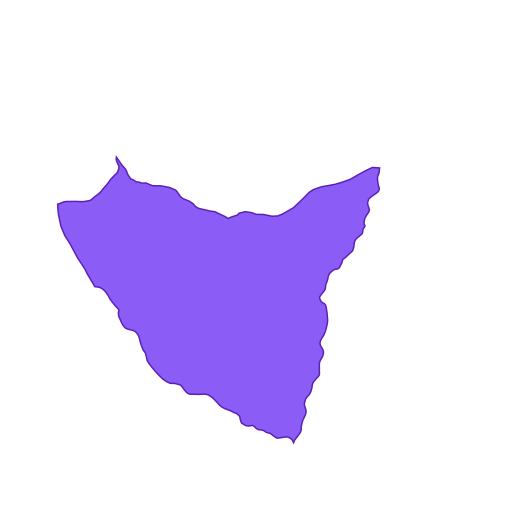 Dungtoe, Samchi, Bhutan (Mercator projection), rotated 50°
{"feature_id": "84629894B66933064417365", "entity_name": "Dungtoe", "entity_type": "district", "adm_level": 2, "iso_a3": "BTN", "parent_name": "Bhutan", "parent_adm1": "Samchi", "projection": "mercator", "projection_center": [89.168, 27.049], "detail": "fine", "context": "isolated", "style": "filled", "palette": "violet", "viewbox_px": 512, "rotation_deg": 50, "n_neighbors": 0, "source": "geoboundaries", "source_scale": "gbopen_adm2", "svg_char_len": 4684}
<svg xmlns="http://www.w3.org/2000/svg" viewBox="0 0 512 512"><g transform="rotate(50 256 256)"><path d="M88.8,374.6L93.2,377.9L97.8,381.0L108.1,386.4L117.4,389.3L127.1,390.6L142.3,393.8L156.4,395.5L160.4,396.6L173.4,398.7L175.8,399.2L179.4,396.0L182.6,394.7L186.5,394.2L191.5,394.7L195.0,395.5L198.1,395.7L202.6,395.8L205.4,395.8L207.0,395.6L209.2,395.7L211.0,397.9L213.9,399.9L217.2,400.8L221.0,401.9L223.6,402.4L226.4,402.5L227.9,402.1L229.2,401.5L231.6,399.8L234.2,397.9L236.3,397.0L239.3,396.9L241.7,397.3L243.7,398.0L245.4,398.9L249.4,400.8L255.2,402.8L259.3,403.1L264.6,405.7L266.3,406.6L268.8,407.0L275.1,407.3L282.8,407.2L290.4,406.5L294.4,405.4L298.2,403.7L301.3,400.3L302.6,399.3L305.7,397.1L307.5,396.6L310.5,396.8L312.7,397.0L315.4,396.8L316.7,396.8L318.8,395.9L320.4,394.3L322.8,391.5L325.2,388.8L326.6,386.9L329.4,383.5L331.8,381.8L335.9,380.5L341.3,380.0L343.3,379.9L346.4,379.8L349.1,379.4L351.1,378.7L353.2,377.9L358.0,375.1L359.2,374.6L362.4,373.2L363.5,372.4L366.0,371.8L368.4,371.6L371.1,373.1L373.1,374.0L375.0,374.4L376.6,373.8L379.4,372.8L381.4,371.1L382.8,368.9L383.5,367.6L385.3,366.9L387.6,366.8L389.1,366.4L390.6,365.8L392.6,363.7L395.0,362.2L397.4,361.6L398.4,361.1L401.0,359.1L405.3,358.2L408.7,357.2L409.6,356.3L411.7,352.8L414.4,348.6L415.9,347.6L418.1,346.7L420.5,346.5L423.2,347.3L421.8,344.6L420.9,340.3L419.8,335.7L418.0,332.7L416.6,331.8L415.4,330.5L414.3,329.1L413.2,327.7L412.3,326.3L411.5,324.7L410.8,323.1L410.0,321.5L409.2,319.9L408.2,318.5L406.9,317.3L405.4,316.4L403.8,315.7L402.1,315.2L400.6,314.3L399.5,312.9L398.5,311.5L397.5,310.0L397.0,308.3L396.7,306.6L396.5,304.8L396.0,303.1L395.3,301.5L394.4,300.0L393.4,298.6L392.3,297.2L391.1,295.9L390.1,294.5L389.5,292.8L389.1,291.1L388.8,289.4L388.5,287.6L388.4,285.8L387.9,284.2L386.8,282.9L385.4,281.8L384.0,280.7L382.6,279.5L381.3,278.4L379.9,277.3L378.7,276.1L377.7,274.6L377.0,273.0L376.4,271.3L375.8,269.7L374.9,268.2L373.8,266.8L372.4,265.7L370.8,265.0L369.1,264.7L367.3,264.4L365.6,264.0L364.1,263.2L362.9,261.9L362.0,260.4L361.4,258.7L360.8,257.0L360.3,255.3L359.6,253.7L358.8,252.2L357.9,250.7L356.9,249.2L355.9,247.8L354.8,246.4L353.7,245.0L352.6,243.7L351.3,242.5L349.9,241.4L348.4,240.4L347.0,239.4L345.6,238.4L344.1,237.5L342.6,236.5L341.1,235.6L339.5,234.8L337.9,234.2L336.2,234.3L334.6,235.1L332.9,235.3L331.1,235.0L329.4,234.6L328.2,233.4L327.7,231.7L327.3,230.0L327.0,228.2L326.6,226.5L326.2,225.1L325.7,224.1L324.6,222.8L323.3,221.5L322.3,220.1L321.5,218.5L320.6,217.0L319.6,215.6L318.4,214.2L317.5,212.8L316.8,211.1L316.5,209.4L316.5,207.6L316.5,205.9L316.9,204.2L317.9,202.7L318.5,201.1L318.5,199.3L317.7,197.7L317.0,196.1L316.4,194.5L315.3,193.1L314.4,191.6L314.6,189.8L314.6,188.1L314.5,186.3L314.4,184.6L314.3,182.8L314.2,181.0L314.2,179.2L313.6,177.7L312.6,176.2L311.5,174.8L310.3,173.5L309.1,172.2L308.1,170.8L307.5,169.1L307.2,167.4L307.2,165.6L307.2,163.8L307.2,162.0L307.1,160.3L306.2,158.8L304.9,157.6L304.0,156.1L303.6,154.3L302.8,153.0L301.0,152.7L299.7,151.6L298.5,150.2L297.4,148.9L296.6,147.3L296.0,145.6L295.5,143.9L295.0,142.2L294.4,140.6L293.3,139.3L291.7,138.6L290.1,138.0L288.4,137.3L287.0,136.4L286.0,134.9L285.0,133.4L284.7,131.7L284.7,129.9L284.8,128.2L284.9,126.4L285.1,124.7L285.2,122.9L285.2,121.2L284.7,119.5L283.6,118.1L282.0,117.5L280.4,116.8L278.8,115.9L277.3,115.0L275.9,114.0L274.5,113.0L273.3,111.7L272.4,110.2L271.6,108.6L270.5,107.3L269.2,106.0L268.0,104.7L263.0,109.9L260.9,118.1L259.3,126.4L257.8,134.6L255.0,142.2L252.0,149.2L249.2,154.2L245.1,161.2L242.0,169.4L241.4,174.5L242.4,184.3L243.1,196.3L241.0,208.4L239.2,213.8L235.7,218.3L229.2,223.4L224.2,229.1L219.8,231.6L215.1,235.8L212.3,241.5L212.7,244.0L210.5,249.2L209.3,253.3L206.1,254.3L195.5,259.1L192.1,262.3L187.7,265.5L184.9,267.7L182.1,269.6L178.9,270.6L175.5,270.6L171.1,271.9L165.1,275.1L161.7,275.7L155.7,275.1L153.8,275.2L147.6,278.4L141.0,283.9L138.5,286.8L135.7,290.0L132.3,291.9L129.5,293.2L126.7,296.7L124.5,297.9L122.0,300.2L119.5,300.8L116.3,302.4L111.0,301.8L107.7,300.6L105.4,300.1L100.1,300.3L93.4,299.6L90.5,299.4L92.0,300.9L93.5,301.7L95.2,302.3L97.0,302.7L98.7,303.2L100.1,304.1L101.2,305.4L102.1,307.0L102.8,308.6L103.2,310.3L103.2,312.1L103.4,313.9L103.6,315.7L103.8,317.4L104.1,319.1L104.6,320.8L105.0,322.5L105.4,324.2L105.7,326.0L105.9,327.7L106.2,329.5L106.5,331.2L106.9,332.9L107.1,334.7L107.2,336.4L107.1,338.2L107.0,339.9L106.9,341.7L107.0,343.5L107.0,345.2L106.9,347.0L106.2,348.6L105.3,350.1L104.4,351.6L103.5,353.1L102.4,354.5L101.2,355.8L100.0,357.1L98.8,358.4L97.7,359.7L96.6,361.0L95.5,362.4L94.4,363.8L93.2,365.1L92.2,366.5L91.2,368.0L90.6,369.6L90.1,371.3L89.5,373.0L88.8,374.6Z" fill="#8b5cf6" stroke="#5b21b6" stroke-width="1.5"/></g></svg>